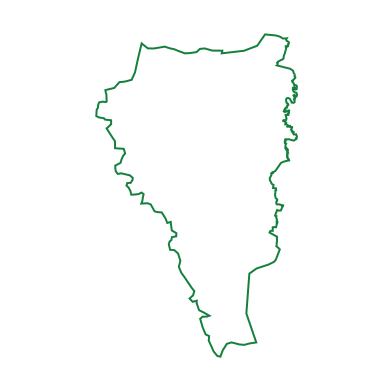 the district of Izzi, Ebonyi, Nigeria, rotated 184°
{"feature_id": "59680162B3302114520233", "entity_name": "Izzi", "entity_type": "district", "adm_level": 2, "iso_a3": "NGA", "parent_name": "Nigeria", "parent_adm1": "Ebonyi", "projection": "mercator", "projection_center": [8.192, 6.539], "detail": "fine", "context": "isolated", "style": "outline", "palette": "green", "viewbox_px": 384, "rotation_deg": 184, "n_neighbors": 0, "source": "geoboundaries", "source_scale": "gbopen_adm2", "svg_char_len": 5945}
<svg xmlns="http://www.w3.org/2000/svg" viewBox="0 0 384 384"><g transform="rotate(184 192 192)"><path d="M252.6,336.7L255.2,321.2L257.2,307.4L260.0,299.7L266.5,297.5L272.1,296.5L276.8,290.4L285.5,287.6L285.0,285.3L284.2,283.5L283.8,279.3L283.4,276.7L284.1,275.7L287.4,275.9L290.9,274.9L291.7,272.3L291.7,269.5L292.8,267.5L292.8,261.1L290.0,259.9L285.0,259.4L283.9,258.2L277.7,257.9L277.4,254.0L279.6,251.5L281.6,249.5L276.6,242.7L272.4,237.3L271.8,230.3L263.1,230.3L261.4,225.8L263.1,223.5L264.5,219.8L265.3,216.1L270.4,213.0L270.1,209.9L269.5,207.4L267.3,204.8L263.9,205.7L255.2,204.3L252.1,202.0L252.1,200.0L253.8,196.9L257.2,196.4L257.8,193.8L255.5,191.9L253.5,188.7L252.4,185.1L249.6,185.4L245.1,186.2L242.3,187.9L240.1,186.5L240.6,183.4L240.9,179.7L241.8,176.9L235.3,177.7L232.2,176.6L228.0,170.1L224.9,169.5L220.7,169.5L216.5,163.6L214.5,159.4L211.2,160.7L209.5,152.3L204.7,149.8L204.7,146.7L208.9,145.5L209.2,142.7L210.9,141.0L211.5,138.2L209.8,132.8L205.6,132.8L201.6,129.7L198.8,122.6L199.9,116.4L197.1,110.8L192.5,105.2L185.9,96.7L182.8,93.3L183.7,89.0L187.0,85.6L183.7,82.5L179.7,83.9L179.7,81.7L176.7,74.6L171.9,72.6L166.0,69.8L168.7,68.7L172.7,68.4L175.0,66.1L171.9,57.7L168.5,50.9L164.9,49.5L164.9,44.9L159.3,34.5L155.3,30.2L152.2,29.7L150.3,36.2L146.6,43.0L142.1,44.7L133.7,43.2L129.0,43.2L124.2,44.9L117.4,46.4L129.3,74.6L129.1,114.6L122.3,120.2L110.5,125.0L105.2,128.1L103.7,130.2L100.4,140.9L101.6,142.0L104.1,143.8L103.8,145.3L104.0,147.4L103.7,149.0L104.1,151.7L104.0,152.7L104.1,153.4L111.8,156.9L111.4,158.3L109.4,159.1L108.8,158.9L108.9,160.5L108.8,162.0L109.0,162.4L108.5,162.7L105.7,162.7L105.2,165.9L105.3,166.8L104.8,166.8L104.7,168.3L105.5,168.4L105.3,170.6L105.7,171.1L106.2,172.4L106.1,173.8L106.9,173.9L107.5,174.2L105.8,180.0L104.2,179.5L102.1,179.7L101.1,182.7L101.1,183.5L100.9,183.9L100.2,184.1L100.1,185.0L101.5,185.2L102.1,185.1L102.6,185.4L103.3,185.6L103.6,185.5L104.9,185.8L106.2,185.5L106.7,185.7L107.1,186.6L107.2,188.2L107.0,188.5L106.9,188.9L106.6,189.0L106.6,189.7L106.4,190.0L106.7,190.3L106.8,190.9L108.0,191.7L108.4,192.5L108.8,194.5L109.1,195.3L108.8,196.3L108.9,198.5L108.5,199.2L108.9,199.4L108.7,200.0L108.3,200.0L108.5,201.5L111.5,201.7L111.1,204.7L112.7,205.5L113.4,206.4L115.1,209.3L115.4,211.1L113.8,214.9L114.0,215.4L113.9,215.9L114.2,216.1L113.7,216.6L112.6,216.7L112.8,217.5L111.9,217.7L110.3,218.9L107.2,223.9L105.6,226.8L105.2,227.2L103.6,228.2L101.2,229.2L98.8,229.9L97.3,230.2L97.2,230.4L97.6,231.0L98.2,230.8L98.3,231.3L98.1,231.7L98.3,232.2L98.7,232.1L99.2,233.1L99.5,233.1L99.7,234.1L99.7,235.5L99.2,235.4L99.2,235.8L99.3,236.3L99.7,236.3L99.8,236.8L99.4,236.9L99.4,237.5L98.9,237.8L99.1,238.1L99.5,238.4L99.6,238.7L99.9,238.8L99.6,239.5L99.3,239.6L99.3,239.8L99.6,239.7L99.5,240.3L99.7,240.2L99.8,240.3L99.4,240.6L99.5,240.9L99.8,241.1L100.4,240.9L100.4,241.1L100.0,241.3L100.2,241.7L100.9,241.1L101.3,241.8L101.5,241.6L102.1,242.5L102.0,242.9L101.5,243.3L101.6,243.5L101.9,243.4L102.1,244.9L101.5,246.9L102.8,247.3L102.9,248.2L102.6,248.1L102.6,248.7L102.1,249.6L102.8,250.3L102.6,251.1L98.7,251.3L94.4,250.4L93.5,250.6L92.6,251.6L91.8,252.0L92.0,252.8L91.4,252.9L91.2,255.0L92.0,256.0L92.2,256.8L94.5,256.5L95.1,257.4L94.7,258.4L94.8,259.1L95.1,259.2L95.6,258.3L95.8,258.3L96.2,259.2L96.7,259.4L96.9,260.2L96.7,260.7L96.8,260.9L97.4,261.0L97.6,261.1L97.5,261.4L97.2,261.7L96.6,263.6L96.7,263.8L96.9,263.8L97.4,263.4L97.6,263.4L97.8,263.8L98.7,263.7L98.8,263.8L98.7,264.4L98.8,264.8L99.4,264.6L99.7,264.1L100.2,263.9L100.8,264.0L101.2,263.8L101.6,263.9L101.5,264.3L101.2,264.6L100.6,264.6L100.5,264.9L100.8,265.1L102.0,265.9L103.0,266.1L103.7,266.0L103.6,267.2L103.0,267.8L103.6,268.4L103.9,268.4L104.1,268.9L104.5,269.3L105.8,268.7L105.7,268.8L106.1,269.2L105.8,270.0L105.6,270.1L104.7,270.0L103.8,270.3L103.3,270.3L103.1,270.7L103.1,271.4L102.8,271.7L104.0,275.5L101.7,275.4L101.2,275.6L101.2,275.9L101.8,276.9L101.6,277.1L100.9,277.4L100.8,278.0L100.8,279.6L100.7,279.9L100.8,280.1L101.6,280.1L102.1,279.2L102.4,279.2L104.6,278.4L105.3,278.4L105.7,278.5L106.1,279.0L105.9,279.3L105.6,279.3L105.3,279.1L104.9,279.2L104.3,279.5L104.3,279.8L104.7,280.1L105.2,280.0L105.5,280.2L105.6,280.3L105.5,280.6L104.7,280.9L104.5,281.3L104.9,281.9L104.3,282.7L103.1,282.8L102.8,284.0L103.2,284.6L103.2,284.8L102.8,285.4L102.0,285.6L102.0,286.0L102.1,286.3L102.5,286.6L102.8,287.1L103.0,287.3L103.6,287.3L103.8,287.5L104.4,289.0L104.6,291.1L103.8,292.2L102.8,292.5L101.9,292.3L100.7,291.6L99.7,289.9L99.1,289.4L98.9,289.0L98.9,288.2L98.5,288.1L96.8,288.1L96.2,288.5L95.9,289.1L95.9,289.8L96.3,290.7L96.7,291.2L96.7,291.8L96.4,291.9L95.9,291.9L95.8,292.5L96.1,292.7L96.6,294.2L97.5,295.4L96.8,296.0L96.4,295.9L95.5,294.5L95.2,294.2L94.8,294.3L94.4,294.5L94.1,296.3L94.0,296.7L94.6,297.7L94.8,298.3L96.2,298.5L97.6,299.3L98.2,300.3L98.6,301.6L98.7,302.9L98.0,303.5L97.0,303.6L96.7,303.4L96.7,303.0L97.6,302.8L98.0,302.6L98.0,301.9L97.8,301.7L96.1,301.4L95.3,301.6L94.7,302.0L94.9,303.7L94.7,304.7L95.1,305.3L95.5,305.7L96.6,305.9L97.2,305.6L97.6,305.9L97.9,307.2L98.5,307.7L98.9,308.3L99.4,308.6L99.6,308.9L99.3,309.4L99.5,309.7L99.8,309.7L99.9,310.0L99.3,310.5L98.9,310.3L98.6,311.2L97.7,312.1L97.1,312.9L96.9,313.5L97.4,313.7L97.8,314.3L97.5,315.2L98.0,316.8L98.9,317.9L99.7,320.1L102.7,321.8L116.2,324.2L115.7,324.7L115.5,325.4L116.1,326.7L115.5,326.9L115.5,327.9L110.2,331.2L109.8,334.6L109.2,336.4L108.1,341.7L108.2,342.8L108.7,343.3L108.7,343.9L107.7,344.2L107.0,343.7L106.6,344.0L106.8,344.4L106.6,344.5L106.8,345.0L106.2,345.5L106.5,346.0L106.4,346.4L105.8,346.9L105.6,347.6L106.2,348.5L107.8,349.2L108.5,350.0L108.8,350.6L108.2,351.9L108.8,351.7L112.2,351.5L114.0,352.5L115.3,353.1L117.5,353.7L119.4,354.0L130.1,354.3L137.2,342.4L150.0,336.5L172.0,332.4L171.6,335.1L181.7,334.5L189.4,336.1L194.1,335.3L197.2,331.9L203.5,330.5L208.7,329.8L215.0,331.6L219.4,333.1L224.6,333.9L229.3,335.1L240.1,332.5L246.1,332.2L252.6,336.7Z" fill="none" stroke="#15803d" stroke-width="2"/></g></svg>